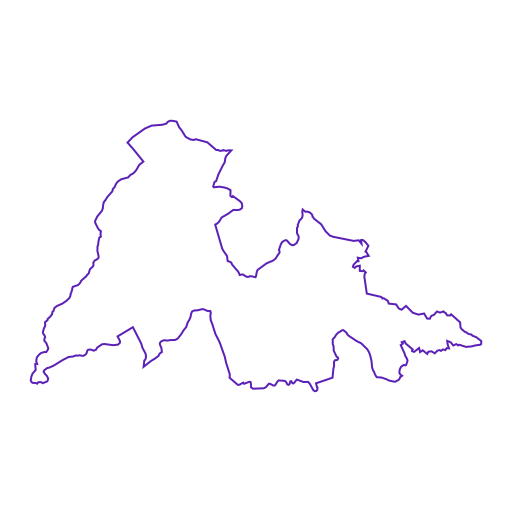 outline of Zongozotla, Puebla, Mexico, rotated 180°
{"feature_id": "50627088B26732857587675", "entity_name": "Zongozotla", "entity_type": "district", "adm_level": 2, "iso_a3": "MEX", "parent_name": "Mexico", "parent_adm1": "Puebla", "projection": "natural_earth1", "projection_center": [-97.765, 19.971], "detail": "fine", "context": "isolated", "style": "outline", "palette": "violet", "viewbox_px": 512, "rotation_deg": 180, "n_neighbors": 0, "source": "geoboundaries", "source_scale": "gbopen_adm2", "svg_char_len": 6106}
<svg xmlns="http://www.w3.org/2000/svg" viewBox="0 0 512 512"><g transform="rotate(180 256 256)"><path d="M30.7,170.9L35.7,174.8L39.6,176.3L40.6,177.5L42.3,177.7L44.1,178.4L45.6,179.6L47.3,180.3L50.5,183.0L51.5,184.6L51.9,189.7L60.9,197.7L61.9,196.5L64.5,196.6L64.9,196.7L66.3,199.0L67.5,199.5L68.5,200.6L71.9,199.4L75.1,200.5L78.1,197.1L80.5,196.2L81.3,195.2L82.1,193.3L84.6,193.3L85.2,193.9L87.9,198.5L93.5,197.4L99.1,199.2L106.0,206.1L110.4,202.3L113.1,203.4L115.9,207.6L123.2,208.4L124.2,211.2L128.2,213.7L129.5,213.6L129.4,214.0L131.2,215.2L145.2,218.4L147.7,235.6L147.2,238.3L146.2,239.5L148.4,241.6L149.2,240.8L152.2,241.1L152.2,246.3L155.6,245.6L157.3,244.1L159.1,245.2L158.4,247.3L154.9,250.9L154.6,250.6L153.5,250.8L154.2,254.3L151.0,253.7L147.8,255.3L143.3,256.1L145.7,260.0L146.5,260.4L143.6,266.2L146.8,270.2L149.4,272.1L151.0,271.9L150.5,268.3L153.3,271.7L158.4,271.1L178.8,275.2L182.1,276.4L186.4,280.7L190.8,287.7L198.2,293.5L198.6,294.6L199.4,295.1L199.8,297.2L200.7,298.2L202.5,299.7L205.0,300.4L206.8,300.3L209.3,302.5L209.7,300.7L209.4,296.3L209.7,295.0L210.3,293.7L212.5,291.5L214.3,286.9L214.1,286.0L214.2,285.2L215.0,284.2L215.0,278.8L213.4,275.7L213.3,274.2L213.4,273.1L215.4,268.9L218.1,267.0L220.0,266.8L222.2,268.2L224.9,271.3L226.0,271.9L227.8,271.3L229.9,269.9L231.2,267.6L233.1,262.0L232.5,260.9L232.5,259.2L234.5,256.6L236.4,253.4L239.2,251.3L245.4,248.7L254.4,242.1L255.2,240.2L256.0,235.8L256.5,234.8L260.4,235.7L262.2,235.8L263.2,235.2L264.7,235.1L266.0,235.5L269.2,237.6L272.3,237.0L272.6,238.1L273.8,240.3L279.8,247.3L280.6,249.1L281.6,250.0L284.2,250.9L284.5,251.6L284.9,255.9L288.4,260.9L289.8,263.4L296.8,287.4L294.8,288.5L292.9,290.3L290.4,294.5L283.8,298.3L278.7,302.1L274.7,301.9L272.3,302.3L270.1,303.8L269.7,305.8L270.2,308.8L272.3,311.0L279.0,315.8L279.3,315.0L280.3,315.0L281.6,316.1L281.5,321.9L284.9,323.7L287.7,324.5L292.5,325.3L298.3,324.7L298.8,325.6L297.5,330.0L295.9,330.9L293.6,337.6L289.1,346.7L287.3,349.6L286.7,353.7L285.8,356.0L280.7,361.6L284.1,361.7L285.7,361.1L288.7,361.9L289.2,361.4L290.4,361.4L291.4,361.1L292.9,361.4L293.6,362.0L295.8,362.0L304.7,369.7L316.3,372.8L317.5,372.2L319.0,372.1L321.4,372.5L325.8,374.8L326.8,375.8L330.2,381.4L332.9,384.8L335.4,390.4L339.5,391.2L342.2,391.2L344.2,390.1L345.8,388.3L350.0,387.2L360.4,386.4L367.2,383.4L379.6,374.6L384.5,369.4L379.3,363.6L368.6,350.4L372.7,347.2L375.7,342.0L377.4,339.9L378.8,338.6L381.7,337.0L383.8,334.6L390.9,332.7L394.2,330.4L395.8,328.4L397.4,324.9L399.3,322.8L399.3,321.8L399.9,320.4L404.9,314.7L406.8,311.5L408.2,309.9L409.0,306.2L409.2,303.5L410.1,301.2L414.8,295.4L417.0,290.8L416.6,288.8L414.0,283.7L412.7,282.0L411.1,280.8L411.5,277.8L411.1,275.4L412.7,274.4L413.8,268.9L413.8,267.1L414.5,265.7L414.6,261.0L413.3,255.5L413.6,253.8L415.9,252.1L417.2,251.6L418.2,250.2L418.7,249.3L418.5,247.4L418.9,245.7L422.1,242.7L423.4,238.4L424.7,237.3L425.9,235.6L430.8,231.3L431.8,229.2L433.8,227.0L439.1,225.2L439.6,224.2L439.8,222.6L440.9,218.9L441.5,217.9L441.5,216.5L442.6,214.0L445.4,211.3L449.6,208.4L455.1,206.0L457.5,204.1L458.6,200.9L459.7,199.9L459.9,197.8L462.0,195.1L464.3,193.1L464.4,192.0L467.0,189.7L466.8,186.9L466.9,185.8L468.1,183.6L469.1,179.9L468.8,178.4L467.2,176.0L466.9,174.8L467.6,173.1L467.7,171.3L465.7,168.9L463.7,163.8L464.2,162.2L465.8,159.9L467.5,160.0L470.9,159.0L472.8,157.5L475.1,154.7L475.8,151.0L474.9,148.1L475.8,148.3L476.8,147.9L476.3,142.1L479.5,138.3L480.6,135.5L481.3,131.7L480.5,130.0L479.5,129.2L476.6,129.0L474.7,128.4L474.3,129.3L473.6,129.8L470.7,129.8L469.3,128.8L465.0,130.5L464.4,131.2L463.8,133.4L465.2,136.2L466.7,137.7L468.4,140.2L467.8,141.7L464.9,143.9L462.7,144.4L458.3,146.4L449.6,151.8L443.5,155.0L438.8,155.5L436.0,156.6L434.2,156.3L432.6,156.7L428.9,156.1L426.9,157.1L425.7,158.3L424.4,161.9L422.5,162.5L420.3,162.2L418.3,161.3L416.1,162.2L414.8,164.4L410.0,167.7L407.6,168.0L398.8,166.8L393.9,167.4L392.0,169.4L392.1,171.1L394.4,175.6L379.1,184.8L370.8,168.5L369.5,164.1L366.5,158.5L366.0,156.2L366.2,154.0L366.7,152.4L367.7,151.4L368.4,145.2L361.2,150.9L357.1,153.4L353.6,156.0L352.4,158.4L350.1,160.0L350.7,164.5L351.7,166.4L352.2,168.2L351.9,169.4L351.0,170.4L349.6,171.2L347.7,171.8L344.9,171.4L341.7,171.9L337.0,172.0L334.3,173.4L330.8,177.8L328.3,181.9L325.8,184.9L324.3,189.6L322.7,192.1L321.5,194.9L320.9,198.2L320.0,200.4L317.6,201.6L314.9,201.6L310.0,202.8L308.5,202.8L304.1,200.9L301.7,201.0L301.2,199.0L301.7,196.0L301.2,191.6L300.1,189.1L296.6,178.1L292.4,169.8L287.2,155.2L285.9,149.3L282.2,137.6L282.4,134.2L274.1,127.1L272.5,127.3L268.8,129.4L267.9,128.2L262.8,130.2L261.6,130.1L261.2,129.2L260.9,124.6L259.0,123.3L248.3,123.7L246.1,124.8L243.1,128.3L241.7,128.1L238.8,126.5L237.5,126.4L236.7,127.0L234.4,130.7L233.3,131.6L227.1,131.1L225.8,129.9L224.7,127.6L223.4,127.2L222.6,127.7L221.6,130.7L220.7,130.8L219.7,128.9L218.9,128.5L217.7,129.3L215.3,132.4L214.8,132.3L208.6,130.0L203.9,130.1L202.2,128.2L198.6,121.7L197.1,120.8L195.6,121.1L194.7,122.3L194.5,124.5L195.0,124.8L196.0,128.7L179.5,134.3L178.6,143.3L177.9,146.2L178.0,150.1L177.0,151.8L174.8,152.0L173.9,153.3L174.1,154.5L175.4,155.3L178.3,161.4L178.4,165.6L179.2,167.7L179.3,172.7L177.4,174.7L175.7,177.4L173.9,179.2L169.7,181.8L168.6,181.8L165.6,179.4L164.9,177.9L163.5,176.4L155.3,170.9L150.8,168.7L144.7,162.7L143.1,160.0L142.0,157.2L140.6,151.7L139.8,144.2L139.0,141.9L137.8,139.8L137.1,137.7L135.3,134.8L130.6,134.5L125.6,132.8L122.8,131.4L117.0,130.2L113.5,132.0L112.4,133.3L111.9,134.8L109.9,136.2L111.9,137.7L112.5,138.8L112.6,140.3L112.2,142.7L111.0,145.1L109.7,146.2L108.2,147.0L106.5,146.6L105.8,147.2L104.6,150.8L104.5,151.7L105.3,153.7L106.8,156.3L107.6,159.0L111.3,166.9L109.1,168.4L110.2,169.8L107.5,170.8L106.0,168.2L99.3,162.6L100.0,161.3L99.9,160.8L97.9,160.1L92.9,164.0L91.9,159.9L89.3,161.7L84.8,158.1L83.6,160.3L80.6,160.7L77.2,158.7L74.7,161.3L72.3,161.9L71.0,161.1L69.1,162.6L66.7,161.9L65.4,163.8L63.0,163.6L64.3,167.5L64.8,171.1L61.3,169.7L58.7,166.5L55.8,167.9L53.8,166.6L53.1,167.2L52.2,167.1L46.0,165.1L40.3,165.6L36.6,166.6L31.6,167.3L30.8,168.1L30.7,170.9Z" fill="none" stroke="#5b21b6" stroke-width="2"/></g></svg>